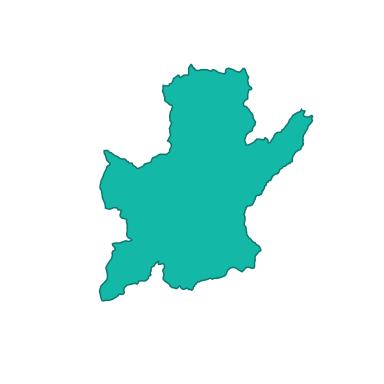 Uberaba, Minas Gerais, Brazil, rotated 47°
{"feature_id": "56859067B69466182711417", "entity_name": "Uberaba", "entity_type": "district", "adm_level": 2, "iso_a3": "BRA", "parent_name": "Brazil", "parent_adm1": "Minas Gerais", "projection": "orthographic", "projection_center": [-47.989, -19.605], "detail": "fine", "context": "isolated", "style": "filled", "palette": "teal", "viewbox_px": 384, "rotation_deg": 47, "n_neighbors": 0, "source": "geoboundaries", "source_scale": "gbopen_adm2", "svg_char_len": 6038}
<svg xmlns="http://www.w3.org/2000/svg" viewBox="0 0 384 384"><g transform="rotate(47 192 192)"><path d="M189.4,307.3L190.5,307.4L195.4,310.7L197.4,312.9L198.1,314.1L198.7,322.6L201.1,326.8L202.5,328.1L203.8,328.5L206.3,330.2L209.9,331.9L211.0,331.3L212.5,328.7L214.9,326.0L216.1,323.8L217.3,318.3L217.3,314.8L219.5,312.6L219.9,311.6L219.5,310.3L216.9,308.5L215.8,306.6L215.9,302.9L219.8,296.0L221.8,295.1L221.9,293.7L220.9,291.9L222.0,290.1L225.2,286.8L225.4,285.8L225.4,283.1L224.9,282.0L224.1,281.2L224.6,279.5L224.5,278.5L222.8,278.0L221.7,275.6L220.0,274.1L219.5,272.8L220.2,270.5L219.4,267.8L219.5,264.6L220.1,263.8L221.3,265.4L222.2,265.8L223.1,264.8L224.2,262.4L225.1,262.0L226.0,261.9L228.2,263.3L228.8,264.3L228.7,265.4L229.6,267.0L232.7,268.4L233.7,269.2L235.3,271.9L236.1,272.5L238.5,272.7L243.7,271.5L246.5,272.2L247.3,271.8L248.4,271.7L250.4,270.1L251.8,269.6L252.3,268.7L252.4,264.9L255.2,265.5L257.1,264.9L258.2,263.2L258.5,261.7L259.3,261.1L261.2,260.8L261.8,259.9L263.5,259.2L263.8,258.2L263.4,257.1L262.2,255.4L262.5,254.3L261.9,253.8L261.8,252.8L262.1,251.9L261.7,249.6L262.0,248.7L262.6,248.1L263.0,246.4L264.5,243.5L265.4,242.5L266.0,240.8L266.6,240.2L266.8,238.7L267.3,237.8L268.2,237.1L269.8,236.4L269.9,235.3L270.5,234.4L272.0,232.9L272.0,231.7L272.9,231.5L275.6,225.6L275.6,223.8L273.6,219.4L273.7,216.1L274.3,214.8L275.9,212.6L278.0,211.6L280.2,211.2L284.4,209.9L284.5,208.4L284.2,204.9L284.5,203.1L285.7,201.7L288.2,200.5L289.6,199.0L289.7,198.1L289.3,197.2L286.4,194.6L285.1,192.5L282.5,190.3L281.8,188.3L281.7,186.2L281.2,184.3L281.8,181.7L279.9,180.4L276.8,179.9L274.3,180.8L272.1,180.5L270.4,181.4L266.3,181.2L264.4,181.7L259.8,180.7L258.9,179.6L256.5,178.3L256.0,177.6L255.2,177.0L254.2,176.5L253.2,176.6L250.7,175.8L250.4,174.8L247.9,171.5L246.9,171.2L246.4,170.3L243.4,169.1L243.5,168.1L242.2,166.7L241.7,165.8L241.1,164.1L240.2,162.7L240.4,161.9L240.2,161.1L241.1,159.4L241.8,158.9L242.5,156.9L241.8,154.2L241.0,152.8L240.2,150.4L239.2,149.1L238.7,147.5L239.3,146.0L240.0,145.5L240.9,143.1L240.4,141.5L239.4,140.1L239.5,139.1L238.9,138.1L238.5,136.3L237.8,135.7L237.1,134.3L237.6,133.5L236.5,131.9L236.1,130.7L236.6,129.7L236.0,128.1L236.8,127.2L237.0,126.2L236.2,123.9L235.5,123.0L235.5,119.1L236.9,117.2L237.0,115.8L235.6,112.6L235.4,111.5L235.9,110.6L236.0,109.6L235.5,107.7L236.6,106.6L236.8,104.2L236.6,103.1L237.3,102.2L237.2,101.2L237.8,100.6L237.2,99.8L238.1,98.0L237.5,97.1L236.3,96.3L234.3,93.0L234.4,92.1L233.6,90.0L233.7,87.5L234.8,83.4L233.4,80.1L233.6,79.2L232.7,77.6L230.4,76.4L230.0,75.1L229.0,74.9L228.3,74.3L226.4,71.5L225.9,68.8L224.7,65.8L224.6,64.7L222.8,61.7L223.0,60.0L222.6,58.1L222.7,57.1L222.2,56.4L222.0,55.2L219.9,54.4L219.0,52.3L218.1,52.1L217.3,52.7L217.2,54.9L216.3,56.0L214.8,57.5L213.1,58.2L212.0,58.2L211.1,57.5L210.2,54.6L209.5,54.2L208.2,55.6L207.4,55.9L206.3,55.5L207.0,58.1L205.9,60.5L205.1,63.7L205.2,64.9L204.8,65.8L204.9,66.8L205.5,68.0L205.8,71.8L206.8,73.5L207.5,75.9L207.6,77.8L208.3,80.9L208.5,82.4L208.0,83.5L208.8,86.2L206.8,88.9L206.4,89.9L206.3,91.8L206.8,93.5L207.5,94.5L209.0,101.0L208.3,102.6L207.6,102.6L206.1,101.2L205.0,101.0L202.4,101.3L202.1,102.3L202.6,102.9L202.8,103.9L198.8,107.1L197.5,108.7L197.8,113.1L196.1,118.7L195.5,119.5L194.6,120.1L190.9,118.8L190.0,118.2L188.7,116.0L187.3,113.1L187.1,111.3L187.1,109.8L188.0,107.2L188.1,106.0L186.1,103.2L186.0,100.5L184.3,98.0L183.4,97.6L181.6,97.5L179.4,96.8L177.5,95.2L175.6,94.6L172.9,94.7L170.4,94.1L166.5,94.1L165.7,94.6L165.1,95.3L164.4,95.4L162.3,94.1L161.8,93.2L161.2,91.0L161.9,87.7L158.6,84.7L156.0,80.7L157.2,79.2L157.3,77.9L155.6,77.3L154.6,77.8L151.8,77.7L151.2,76.9L148.1,75.1L146.7,72.3L142.6,71.5L139.0,69.7L137.1,69.6L136.7,70.3L136.9,74.4L136.7,75.3L136.1,76.1L133.5,77.6L131.3,78.2L128.8,79.4L126.7,80.6L126.1,81.4L125.5,83.0L126.2,84.7L127.6,86.1L127.7,87.2L127.1,88.2L123.3,90.8L121.4,91.5L119.6,91.8L117.1,92.9L116.6,93.5L116.8,95.7L112.6,97.7L108.7,102.0L107.9,103.9L106.6,105.5L105.7,106.0L104.9,106.5L104.0,105.9L101.9,106.2L100.7,106.2L98.8,105.5L97.9,105.9L98.9,109.4L99.4,110.3L103.2,113.6L103.8,115.2L101.3,117.8L100.9,118.6L100.5,122.4L99.7,122.9L98.8,122.3L97.7,122.1L96.8,122.9L97.1,123.8L96.5,128.3L97.7,130.1L98.4,131.9L98.5,133.2L97.6,135.0L98.4,135.9L98.5,136.8L96.0,139.3L94.3,140.3L97.2,143.3L98.1,144.8L99.9,145.5L100.7,145.5L102.8,146.9L104.5,147.2L105.0,148.1L106.5,149.5L107.2,149.6L109.4,149.0L113.0,148.8L114.8,147.6L115.7,147.7L117.0,149.0L117.2,149.9L118.4,151.5L118.4,152.4L118.8,153.3L121.7,157.0L124.0,158.6L124.5,159.3L126.6,159.6L127.4,160.0L128.6,161.4L128.6,162.4L129.7,163.9L130.2,165.3L131.8,166.2L133.3,167.6L135.1,168.3L136.2,169.8L138.0,175.1L139.5,174.3L140.4,174.3L141.5,174.3L143.6,175.0L145.0,176.6L145.5,178.8L147.4,181.2L147.1,184.9L146.8,185.6L146.0,186.0L142.6,189.7L142.1,190.8L142.1,192.4L141.6,193.4L141.7,195.0L140.9,195.6L140.2,197.3L140.7,199.1L141.9,201.1L141.9,202.2L141.7,203.2L140.7,204.5L139.1,207.9L139.8,209.5L139.7,210.5L138.2,215.1L137.6,216.0L134.6,216.2L132.5,217.0L130.4,216.2L129.5,216.7L128.2,218.1L127.2,218.2L126.3,218.0L124.6,218.7L123.4,218.4L121.4,219.0L121.2,220.0L118.4,221.7L116.7,222.2L115.7,222.2L114.0,222.9L113.0,223.6L108.3,224.3L107.2,225.1L104.1,225.4L102.5,227.0L101.9,228.1L103.6,229.6L106.7,230.6L110.8,232.7L115.2,232.5L115.8,233.2L115.9,234.2L115.4,236.0L115.6,237.2L116.8,239.1L118.5,243.7L120.5,247.6L121.7,250.5L125.0,255.3L126.9,256.9L129.4,257.3L135.0,261.3L141.5,263.8L144.9,266.3L148.6,263.8L150.0,260.1L151.4,258.5L153.0,257.6L153.9,258.1L155.0,258.1L155.4,257.3L157.3,256.3L159.7,260.3L161.2,261.2L163.3,261.1L166.9,258.5L167.9,258.9L168.6,259.8L172.2,262.0L173.9,263.9L176.3,265.6L177.7,267.9L179.5,269.3L181.5,269.8L185.0,268.7L186.1,268.8L185.9,270.1L185.0,271.9L182.4,273.9L179.7,280.1L177.4,282.4L175.8,284.9L175.8,285.8L176.5,286.1L177.3,286.4L179.8,286.4L181.5,287.1L181.9,287.8L181.3,290.1L181.6,291.1L182.5,292.5L183.4,292.7L184.0,293.3L186.0,296.6L186.2,298.7L187.6,303.9L188.1,304.8L188.2,305.7L189.4,307.3Z" fill="#14b8a6" stroke="#0f766e" stroke-width="1.5"/></g></svg>